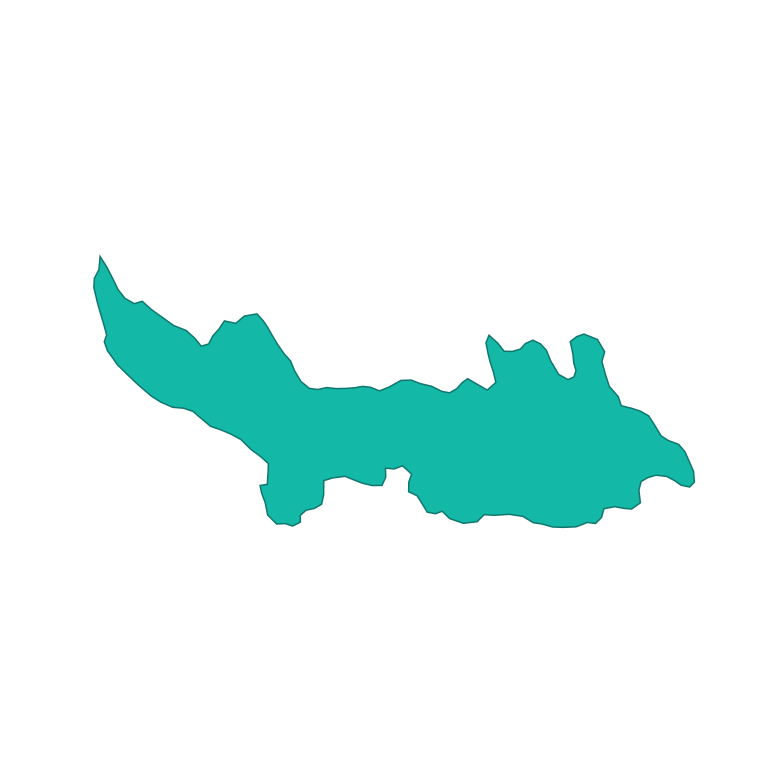 outline of Piranguinho, Minas Gerais, Brazil, rotated 132°
{"feature_id": "56859067B29360452695295", "entity_name": "Piranguinho", "entity_type": "district", "adm_level": 2, "iso_a3": "BRA", "parent_name": "Brazil", "parent_adm1": "Minas Gerais", "projection": "equal_earth", "projection_center": [-45.586, -22.378], "detail": "fine", "context": "isolated", "style": "filled", "palette": "teal", "viewbox_px": 768, "rotation_deg": 132, "n_neighbors": 0, "source": "geoboundaries", "source_scale": "gbopen_adm2", "svg_char_len": 2351}
<svg xmlns="http://www.w3.org/2000/svg" viewBox="0 0 768 768"><g transform="rotate(132 384 384)"><path d="M479.2,680.3L489.7,672.4L499.4,669.9L506.5,664.1L510.9,657.7L515.3,651.4L520.1,643.8L524.8,636.1L529.1,629.2L533.2,622.9L539.7,620.2L544.3,611.8L546.1,603.5L548.1,594.8L548.7,580.4L549.1,567.0L548.7,548.8L546.8,537.6L542.7,525.4L536.0,516.6L532.2,507.6L531.9,497.2L531.5,484.5L527.6,475.5L523.8,464.6L521.0,453.3L521.7,439.2L520.5,427.1L520.5,416.7L527.9,410.5L536.7,403.6L542.3,408.2L546.8,402.2L551.8,392.7L559.2,382.8L559.9,370.1L553.9,364.1L550.7,356.9L542.7,353.7L537.6,358.3L529.8,357.4L523.1,352.5L515.1,349.9L506.6,354.8L496.1,364.1L488.0,359.2L478.6,351.1L475.2,341.6L472.3,334.0L467.5,325.0L460.7,317.6L452.0,320.4L445.6,326.6L440.2,319.5L432.4,315.5L432.5,303.2L440.2,300.0L447.6,293.6L444.9,284.6L447.2,276.5L450.3,266.1L445.9,258.9L439.6,255.6L440.1,245.2L434.4,231.8L424.0,222.6L414.2,222.2L407.5,213.9L397.0,203.7L389.5,192.3L387.1,180.1L382.5,173.2L377.4,163.0L370.9,155.2L361.6,145.7L350.8,140.2L346.1,133.5L337.7,133.0L329.5,137.1L320.7,130.4L316.0,122.6L311.2,116.3L300.7,114.0L292.4,123.5L284.5,127.7L277.2,125.4L269.8,120.9L263.6,112.2L261.4,103.7L260.4,95.5L256.0,87.9L249.2,87.7L241.8,95.5L236.7,106.7L233.0,115.0L231.7,124.6L235.8,135.0L237.1,143.4L233.4,155.6L230.6,166.0L232.6,175.2L236.3,183.6L241.4,193.1L236.7,201.4L235.0,215.0L229.0,225.4L221.6,237.0L212.4,241.6L208.1,255.2L213.1,268.8L219.9,272.5L227.9,273.9L235.4,263.5L241.4,257.1L245.5,250.3L251.8,247.6L257.6,250.3L260.0,260.7L255.3,275.6L250.3,285.9L249.5,294.7L251.8,302.6L259.3,306.0L266.8,306.0L273.9,310.4L279.3,316.7L277.5,326.6L277.5,338.6L285.2,335.8L291.7,327.1L296.4,320.2L301.8,310.9L308.0,301.9L319.4,303.2L322.0,315.3L324.1,325.4L330.6,326.8L338.9,326.8L346.7,329.4L350.8,336.1L353.8,347.0L359.5,357.4L362.9,366.4L370.0,373.8L382.9,378.2L392.2,382.8L395.4,391.8L400.0,398.2L406.8,403.6L412.5,409.1L419.3,416.3L425.2,424.4L432.3,429.4L437.2,436.6L437.7,447.5L434.0,459.3L429.4,468.8L428.4,478.4L426.0,488.8L422.6,499.9L420.0,507.6L417.9,515.7L416.9,525.4L427.1,533.3L438.1,534.7L443.9,544.8L453.6,543.4L462.7,543.4L471.6,541.1L478.2,545.1L476.6,555.2L476.6,566.8L481.3,579.5L482.9,594.0L484.3,606.6L484.3,619.0L491.4,623.4L493.7,633.8L491.8,644.7L487.4,655.6L482.6,668.1L479.2,680.3Z" fill="#14b8a6" stroke="#0f766e" stroke-width="1.5"/></g></svg>